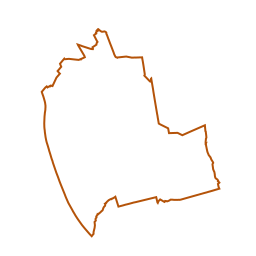 Heusden, Noord-Brabant, Netherlands (Natural Earth projection), rotated 262°
{"feature_id": "6326949B43873207843171", "entity_name": "Heusden", "entity_type": "district", "adm_level": 2, "iso_a3": "NLD", "parent_name": "Netherlands", "parent_adm1": "Noord-Brabant", "projection": "natural_earth1", "projection_center": [5.16, 51.689], "detail": "fine", "context": "isolated", "style": "outline", "palette": "amber", "viewbox_px": 256, "rotation_deg": 262, "n_neighbors": 0, "source": "geoboundaries", "source_scale": "gbopen_adm2", "svg_char_len": 5026}
<svg xmlns="http://www.w3.org/2000/svg" viewBox="0 0 256 256"><g transform="rotate(262 128 128)"><path d="M150.8,46.9L145.9,46.0L144.2,45.7L142.4,45.5L140.7,45.3L139.0,45.2L137.2,45.2L135.5,45.1L133.7,45.1L132.0,45.1L130.3,45.1L128.5,45.2L126.8,45.3L125.0,45.5L123.3,45.8L121.5,46.1L118.1,46.6L116.3,46.8L114.6,47.1L112.8,47.4L109.4,47.9L107.6,48.2L105.9,48.6L104.1,48.8L98.4,49.9L93.7,50.8L90.3,51.6L88.5,52.0L85.0,52.7L81.6,53.5L70.4,56.3L69.4,56.5L67.8,56.9L62.1,58.5L56.2,60.8L54.4,61.5L53.8,61.7L53.2,61.9L50.4,63.1L49.6,63.4L48.4,63.9L46.9,64.6L45.4,65.3L43.6,66.2L41.1,67.5L38.4,68.9L36.4,70.1L35.9,70.4L33.8,71.7L30.7,73.7L28.1,75.4L25.9,77.0L27.0,78.1L27.9,79.1L28.0,79.2L28.7,79.2L30.0,79.5L33.7,81.0L36.3,81.7L39.6,81.8L40.5,82.9L40.7,83.1L40.8,83.2L41.1,83.3L42.1,83.1L42.4,83.2L42.7,83.3L43.2,83.7L43.6,84.2L43.9,84.4L44.4,84.4L44.6,84.4L44.9,84.3L45.2,84.7L45.6,85.0L45.9,85.2L46.4,85.6L46.8,85.8L46.7,85.9L46.5,86.1L46.8,86.7L47.2,87.1L47.4,87.3L47.6,87.7L47.8,88.1L48.1,88.6L48.5,89.1L48.8,89.6L49.2,90.0L49.8,91.1L50.1,91.4L50.3,91.5L50.6,91.7L50.9,91.8L51.1,91.9L52.6,92.7L52.7,92.8L52.8,92.9L52.9,93.0L53.3,93.3L53.9,94.1L54.0,94.3L54.3,94.5L54.6,94.6L55.3,94.8L55.6,94.9L55.8,94.8L56.1,94.7L56.1,94.8L56.3,95.0L56.7,95.4L56.8,95.5L56.7,95.8L56.8,96.0L57.1,96.2L57.4,96.4L57.7,96.7L58.3,97.5L58.6,98.0L58.8,98.2L59.3,99.0L59.4,99.4L59.8,100.4L59.9,100.6L60.0,100.8L60.0,101.0L60.0,101.3L59.9,101.5L59.8,101.8L60.0,102.1L60.3,102.3L60.4,102.5L60.4,103.0L60.5,103.4L60.7,103.7L60.7,104.0L61.1,104.7L61.3,105.1L61.4,105.3L61.5,105.5L61.7,105.9L51.5,107.6L52.0,112.0L52.4,114.7L52.6,116.9L52.8,118.7L53.2,121.8L53.4,123.2L53.5,125.1L55.6,146.3L50.1,146.8L49.9,147.0L49.7,147.1L50.2,147.4L51.3,148.0L52.8,149.9L49.7,153.8L49.9,154.2L50.6,154.6L50.3,155.8L49.9,156.5L50.2,158.0L50.6,159.2L51.1,160.1L50.9,161.6L50.8,162.1L50.5,163.3L50.0,166.6L49.8,168.5L49.7,168.7L49.7,170.3L49.8,170.9L54.0,201.8L55.2,210.0L57.0,209.5L60.1,209.3L61.2,210.9L61.4,210.8L61.6,210.5L62.7,209.7L63.0,210.0L64.3,209.5L64.5,209.4L64.7,209.2L64.8,209.1L65.6,208.2L65.8,208.0L66.0,207.9L66.3,207.7L66.8,207.5L67.3,207.5L67.8,207.4L68.0,207.4L68.7,207.4L69.0,207.4L69.6,207.4L69.8,207.5L70.0,207.5L72.2,207.4L72.4,207.4L72.5,207.4L73.6,207.0L74.5,206.8L75.1,206.6L75.4,206.6L75.5,206.6L75.9,206.6L78.1,206.6L79.6,206.6L79.9,206.6L80.1,206.6L80.3,206.6L80.5,206.7L81.5,207.4L81.6,207.5L81.8,207.5L82.0,207.5L82.1,207.4L83.0,207.1L83.9,206.7L85.0,206.2L85.3,206.1L85.7,206.0L86.0,205.9L87.2,205.7L87.3,205.6L87.5,205.6L87.9,205.3L88.2,205.2L88.3,205.1L88.7,204.9L88.9,204.8L89.0,204.7L89.5,204.4L90.1,204.1L90.6,204.0L91.1,203.9L92.1,203.6L92.9,203.4L93.1,203.4L93.5,203.3L94.4,203.2L95.3,203.2L95.7,203.1L96.4,203.1L97.3,203.0L97.7,203.0L98.2,203.0L98.9,202.9L99.0,202.9L99.3,202.9L100.6,202.9L101.0,202.9L101.6,202.9L101.8,203.0L101.7,202.7L102.6,202.8L103.3,202.9L103.7,203.0L106.1,203.6L106.3,203.6L107.6,204.3L109.3,204.4L113.8,204.5L114.0,204.3L114.1,204.2L114.4,204.2L115.6,204.3L120.0,204.5L115.7,189.1L113.3,180.8L116.3,176.4L117.2,167.9L122.1,167.7L126.9,160.7L128.1,159.1L134.4,158.9L136.0,158.9L137.7,158.8L144.6,158.6L145.0,158.6L148.3,158.5L160.5,158.2L162.2,158.2L162.8,158.2L172.7,157.9L173.8,157.9L173.6,157.6L173.3,157.5L172.0,157.4L171.8,157.2L170.8,156.8L170.8,156.7L171.0,156.3L171.1,156.2L175.8,152.8L177.4,151.6L177.6,151.5L177.8,151.7L178.0,151.8L178.5,152.0L178.8,152.1L179.1,152.1L188.1,152.0L192.2,151.9L194.3,151.8L196.0,151.8L196.4,148.2L196.7,145.2L196.8,144.9L197.1,141.9L197.1,141.7L199.0,136.2L199.1,133.6L199.3,127.3L199.3,127.2L199.5,126.7L199.4,126.7L199.6,126.3L199.8,125.9L200.0,125.7L200.3,125.5L200.5,125.4L202.6,124.7L203.4,124.5L204.6,124.3L212.0,122.6L214.0,122.1L216.7,121.5L217.7,121.3L218.4,121.1L219.8,120.8L223.1,120.1L223.4,120.0L223.5,119.9L224.1,119.8L224.3,119.7L224.6,119.7L224.9,119.7L225.4,119.8L226.1,119.4L226.9,118.3L226.9,115.8L226.9,115.7L227.2,115.1L228.0,114.1L228.7,113.5L229.0,113.2L229.3,112.9L230.0,112.4L230.1,112.2L229.3,111.1L228.7,110.5L228.2,111.1L228.1,110.9L227.1,109.6L226.9,109.5L226.7,109.5L226.0,109.7L225.3,108.2L225.2,108.1L224.7,107.4L224.6,107.2L218.3,109.4L218.0,109.6L217.5,109.8L216.7,109.0L216.5,108.8L216.2,108.7L215.9,108.6L215.2,108.3L214.9,108.3L212.9,104.1L211.6,104.3L211.3,104.3L211.0,104.2L211.2,103.1L211.4,102.5L211.6,101.9L211.7,101.7L215.6,93.7L216.1,92.9L217.6,89.9L217.2,90.0L216.7,90.2L213.5,91.5L205.6,94.8L204.1,95.1L203.1,91.9L202.8,91.3L202.8,91.2L202.7,91.1L202.9,91.0L202.3,88.7L203.1,85.4L204.7,79.1L204.9,75.0L205.0,74.5L205.4,74.4L203.2,71.9L201.1,69.6L197.9,70.4L196.6,68.9L195.5,67.7L194.2,66.2L191.8,67.7L191.3,68.1L187.9,64.2L180.1,59.1L180.3,58.8L180.6,58.6L180.1,56.9L180.6,56.8L179.4,53.9L180.5,53.3L179.6,51.8L175.8,47.6L173.1,48.1L171.3,48.5L169.4,48.8L168.0,49.0L166.5,49.2L165.9,49.3L165.5,49.3L164.7,49.4L164.0,49.4L163.5,49.4L162.7,49.4L161.6,49.4L161.1,49.3L160.1,49.2L159.3,49.0L157.6,48.7L156.9,48.5L156.5,48.4L154.3,47.7L153.6,47.6L152.9,47.4L150.8,46.9Z" fill="none" stroke="#b45309" stroke-width="2"/></g></svg>